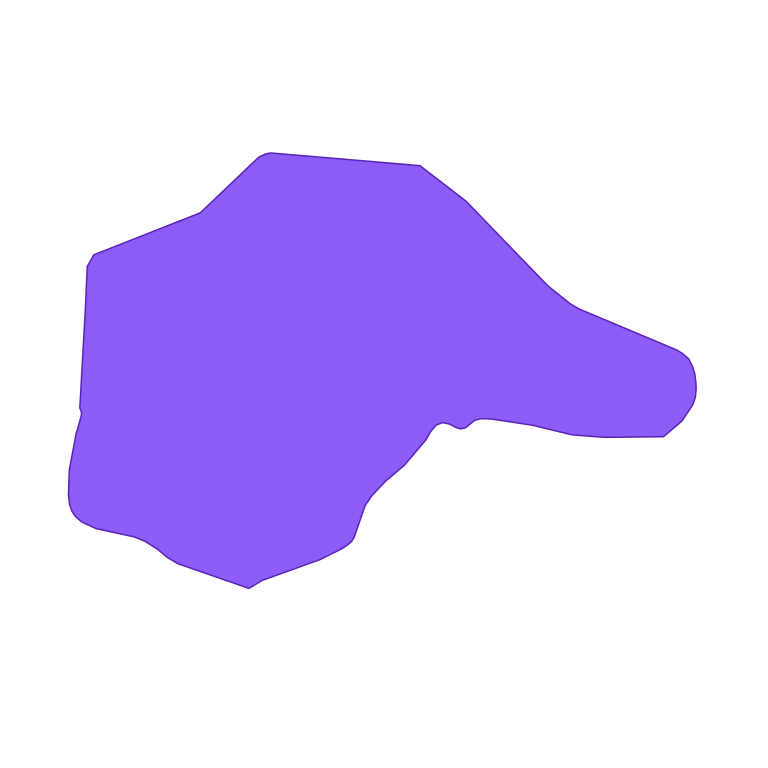 map outline of Warrap (Natural Earth projection), rotated 278°
{"feature_id": "SDS-872", "entity_name": "Warrap", "entity_type": "State", "adm_level": 1, "iso_a3": "SSD", "parent_name": "South Sudan", "parent_adm1": "", "projection": "natural_earth1", "projection_center": [28.523, 7.841], "detail": "fine", "context": "isolated", "style": "filled", "palette": "violet", "viewbox_px": 768, "rotation_deg": 278, "n_neighbors": 0, "source": "natural_earth", "source_scale": "10m", "svg_char_len": 971}
<svg xmlns="http://www.w3.org/2000/svg" viewBox="0 0 768 768"><g transform="rotate(278 384 384)"><path d="M312.1,88.6L314.3,88.2L317.4,86.4L317.9,86.1L413.7,78.1L459.0,73.8L471.5,78.6L528.0,178.3L591.3,228.5L594.9,234.1L597.0,239.3L605.2,389.2L576.5,439.7L504.0,532.6L489.5,557.0L485.5,566.5L458.3,669.5L455.8,675.2L451.3,682.2L444.6,686.9L437.1,690.4L429.6,692.5L421.7,693.9L414.3,694.2L406.7,692.8L388.9,684.3L370.7,668.1L361.8,609.3L359.8,577.3L363.8,536.9L364.3,495.3L363.2,485.1L360.7,478.9L352.0,470.9L350.2,466.0L351.1,460.8L353.5,454.3L353.9,447.5L350.8,441.6L343.6,437.0L334.4,433.2L306.4,415.5L287.9,399.0L272.0,387.7L261.2,382.3L227.7,375.7L223.4,373.7L220.2,370.9L215.0,365.2L201.2,345.1L172.6,290.7L162.8,278.7L177.3,205.0L182.0,193.7L188.6,183.2L194.9,169.4L197.8,158.2L200.7,119.1L205.2,104.0L209.8,96.9L214.3,92.9L220.6,89.5L230.1,87.0L255.4,84.3L293.1,86.1L295.4,86.6L310.0,88.6L312.1,88.6Z" fill="#8b5cf6" stroke="#5b21b6" stroke-width="1.5"/></g></svg>